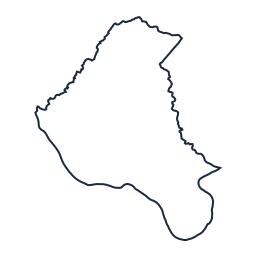 Filadélfia, Tocantins, Brazil (Mercator projection), rotated 91°
{"feature_id": "56859067B89236787477182", "entity_name": "Filadélfia", "entity_type": "district", "adm_level": 2, "iso_a3": "BRA", "parent_name": "Brazil", "parent_adm1": "Tocantins", "projection": "mercator", "projection_center": [-47.816, -7.505], "detail": "fine", "context": "isolated", "style": "outline", "palette": "slate", "viewbox_px": 256, "rotation_deg": 91, "n_neighbors": 0, "source": "geoboundaries", "source_scale": "gbopen_adm2", "svg_char_len": 5487}
<svg xmlns="http://www.w3.org/2000/svg" viewBox="0 0 256 256"><g transform="rotate(91 128 128)"><path d="M23.6,142.6L24.6,143.9L25.8,144.7L27.3,145.7L28.3,146.5L29.5,147.0L30.3,147.9L31.3,148.8L32.6,149.5L33.8,148.9L34.6,149.9L35.8,150.9L36.6,151.8L37.5,153.0L39.1,152.7L39.8,153.5L40.8,154.3L41.2,155.4L42.0,156.8L42.5,157.7L43.6,157.1L44.4,158.6L45.8,159.8L47.3,160.5L48.5,160.6L49.1,159.7L50.4,159.5L52.1,159.9L53.2,160.8L54.6,161.2L56.1,161.9L57.6,162.4L58.7,162.7L59.8,163.0L60.4,164.0L61.2,165.4L60.3,166.2L60.1,167.5L59.6,168.7L59.9,169.7L60.2,170.9L61.0,171.6L62.5,172.6L63.7,173.3L65.2,173.5L65.8,174.4L66.4,175.1L67.6,174.3L68.9,174.0L70.1,174.3L70.2,175.7L71.6,175.9L73.4,176.8L73.0,178.4L72.5,179.9L74.2,180.6L75.7,180.6L76.5,181.8L77.7,182.3L79.0,181.9L78.9,183.1L80.4,182.9L81.7,183.3L83.2,183.4L83.2,184.7L83.7,185.9L84.3,187.4L85.4,188.4L86.4,189.3L87.9,189.5L88.4,188.6L89.6,189.2L89.4,190.6L90.1,191.5L91.1,192.2L92.1,191.5L92.9,190.8L93.5,192.7L94.4,193.9L94.8,195.0L95.1,196.2L96.2,197.1L96.1,198.5L96.1,199.6L97.1,201.0L98.4,201.4L99.3,201.9L100.1,202.9L100.1,204.1L100.0,205.1L99.4,206.1L100.8,206.8L101.1,207.9L102.2,208.4L103.7,207.9L105.3,207.1L106.3,208.4L107.5,209.7L108.9,210.1L110.6,210.0L111.3,211.4L111.0,212.9L110.7,214.3L110.2,215.4L109.6,216.6L108.5,217.4L108.0,218.7L109.5,219.4L110.8,219.4L112.0,219.0L113.2,219.8L114.1,220.8L115.7,220.5L116.8,219.9L117.9,219.5L119.0,218.9L120.3,218.4L121.4,218.0L122.7,217.7L124.1,217.5L125.4,217.4L126.6,217.3L128.0,217.0L129.5,216.4L130.6,215.3L131.4,214.4L132.2,213.0L133.0,211.8L133.9,210.9L135.0,210.1L136.1,209.4L137.6,208.6L138.8,207.9L140.1,207.1L141.6,206.1L142.9,204.9L144.1,203.8L145.1,203.1L146.1,202.1L147.3,201.2L148.1,200.5L149.1,199.8L150.0,199.1L151.0,198.4L152.4,197.5L153.9,196.6L155.1,195.9L156.5,195.4L158.1,194.7L159.5,194.2L160.6,193.8L161.8,193.3L163.3,192.6L164.7,191.8L166.0,191.0L167.3,190.1L168.5,189.3L170.0,188.1L171.2,187.2L172.2,186.5L173.1,185.7L174.0,184.8L175.0,183.9L176.1,183.0L176.9,182.2L177.9,181.2L178.6,180.3L179.3,179.5L180.1,178.4L180.8,177.4L181.4,176.3L182.0,175.3L182.5,174.2L183.1,172.9L183.7,171.4L184.5,169.7L185.1,168.4L185.7,167.1L185.8,165.7L185.7,164.6L185.5,163.5L185.2,162.2L185.0,160.8L184.8,159.8L184.6,158.6L184.6,157.5L184.6,156.1L184.6,154.7L184.6,153.6L184.6,152.2L184.8,150.7L185.0,149.1L185.5,147.5L185.9,145.7L186.3,144.5L186.7,143.5L187.1,142.5L187.5,141.2L187.8,139.8L188.0,138.3L188.0,136.8L188.0,135.4L187.7,133.9L186.8,132.8L186.0,131.9L185.1,131.0L184.4,129.7L184.0,128.3L184.1,126.5L184.5,125.0L184.9,124.0L185.5,122.8L186.5,121.4L187.7,120.4L188.8,119.4L189.7,117.9L190.6,116.3L191.5,115.0L192.6,113.3L193.3,112.2L194.1,111.0L195.0,109.6L195.9,108.5L196.8,107.5L197.6,106.5L198.3,105.5L199.2,104.2L200.6,100.6L201.8,98.5L203.9,96.1L208.7,92.8L211.3,91.8L212.8,91.5L217.8,89.8L219.2,89.0L223.0,87.7L225.8,86.1L227.8,85.2L232.0,82.8L234.7,80.6L236.3,78.6L237.3,76.5L237.8,75.3L238.3,73.5L238.8,71.0L239.0,70.0L239.0,68.7L239.0,67.7L238.6,66.7L238.2,65.5L237.6,63.6L237.3,62.5L236.4,60.6L235.5,58.9L233.6,56.2L232.5,54.1L231.4,52.5L230.0,51.1L228.7,50.3L227.3,49.1L224.5,47.7L222.7,46.7L222.2,45.2L220.1,43.7L216.6,42.4L211.1,42.3L209.7,42.7L208.2,42.7L207.0,42.6L205.6,42.1L200.3,41.7L198.8,41.8L195.9,42.8L193.3,44.7L191.2,47.6L190.0,50.1L189.2,50.9L187.8,53.4L186.4,54.9L183.8,56.3L182.1,56.6L180.3,56.5L179.3,56.2L178.0,55.4L176.9,54.0L174.8,50.7L174.4,49.6L172.1,45.4L170.5,42.9L169.6,40.3L167.9,37.2L166.3,35.2L165.7,37.4L165.5,38.6L165.2,39.9L164.8,41.0L164.3,42.0L163.9,43.0L163.2,43.7L162.6,44.8L162.0,46.0L161.5,47.4L161.1,48.4L160.4,49.4L159.3,50.4L157.6,51.1L156.2,51.5L155.1,52.0L154.2,52.7L153.4,53.5L152.7,54.3L152.5,55.4L152.6,56.4L152.4,57.8L151.6,59.3L150.3,59.9L149.3,60.5L148.6,61.5L148.4,62.9L147.2,63.6L145.9,63.5L144.8,62.9L143.0,63.1L142.9,64.5L143.3,65.9L142.1,67.2L142.6,68.5L142.8,69.9L142.2,70.9L141.3,70.6L140.2,70.2L139.6,71.1L138.8,72.3L138.2,73.5L137.6,74.3L136.4,74.4L134.9,74.5L133.6,74.8L132.3,74.9L131.4,75.8L130.3,76.5L129.5,75.6L129.3,74.5L128.8,73.6L127.6,74.1L127.3,75.5L126.8,76.7L125.7,77.1L124.3,77.4L123.0,78.2L121.6,77.8L120.1,78.6L118.4,79.1L117.0,79.1L115.6,78.8L114.1,78.3L112.7,78.2L111.7,78.1L110.9,78.8L110.2,79.9L109.9,81.1L109.7,82.5L109.1,83.5L108.0,84.5L106.8,84.1L105.3,83.3L103.7,83.1L102.9,84.2L101.5,84.3L101.0,83.3L100.3,81.9L98.8,81.2L97.5,81.8L96.5,82.7L95.9,84.0L94.7,84.5L92.9,84.0L91.9,84.2L91.4,85.3L91.1,87.1L90.3,88.3L89.3,88.0L87.8,87.7L86.7,86.7L85.9,85.8L84.8,85.6L83.7,85.0L82.1,85.3L80.9,86.1L80.1,86.8L79.2,87.5L78.4,88.6L77.1,88.3L76.7,87.2L75.4,87.0L74.3,88.0L72.5,88.1L71.1,88.3L70.3,89.5L69.5,90.5L69.0,91.9L68.5,93.3L67.6,94.1L67.1,95.5L66.3,96.3L64.8,96.6L63.6,97.4L62.4,96.5L61.8,95.2L60.8,94.4L59.4,93.5L52.1,87.3L50.8,86.3L48.6,84.5L44.6,81.1L43.5,80.1L41.9,78.8L37.3,75.7L36.1,77.1L35.0,78.0L34.1,78.9L34.1,80.2L34.4,81.8L34.3,83.2L34.5,84.5L34.4,86.1L33.4,87.5L32.9,88.9L32.6,90.5L32.2,91.8L32.4,93.1L32.5,94.1L31.9,95.3L31.5,96.8L31.1,98.1L30.1,99.5L28.3,100.0L26.8,100.3L26.1,101.4L26.1,102.7L26.3,104.0L26.8,105.3L26.7,106.6L26.4,108.0L25.6,108.7L25.0,109.7L23.9,110.4L22.7,111.0L21.6,111.9L21.4,113.1L21.1,114.3L21.1,115.6L20.1,116.2L18.9,116.5L18.1,117.5L17.0,118.4L17.0,119.6L17.6,120.8L17.8,121.9L18.2,122.9L19.2,123.8L19.4,125.2L20.0,126.3L20.9,127.2L21.0,128.4L21.4,129.7L22.0,131.1L22.1,132.8L21.4,133.9L21.2,134.9L22.0,135.9L22.7,136.7L23.6,137.7L24.3,138.6L24.7,139.9L24.6,141.2L23.6,142.6Z" fill="none" stroke="#1e293b" stroke-width="2"/></g></svg>